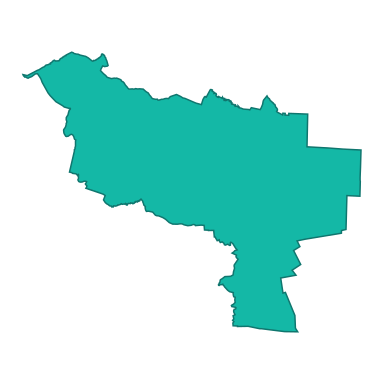 Sfantu Gheorghe, Covasna, Romania
{"feature_id": "2599482B96235819306010", "entity_name": "Sfantu Gheorghe", "entity_type": "district", "adm_level": 2, "iso_a3": "ROU", "parent_name": "Romania", "parent_adm1": "Covasna", "projection": "mercator", "projection_center": [25.764, 45.85], "detail": "fine", "context": "isolated", "style": "filled", "palette": "teal", "viewbox_px": 384, "rotation_deg": 0, "n_neighbors": 0, "source": "geoboundaries", "source_scale": "gbopen_adm2", "svg_char_len": 5829}
<svg xmlns="http://www.w3.org/2000/svg" viewBox="0 0 384 384"><path d="M297.7,331.8L295.6,328.5L295.4,327.8L294.9,315.5L285.4,292.4L283.0,293.1L280.7,278.0L296.0,275.2L292.1,270.2L300.7,264.5L293.6,250.5L299.9,246.6L297.1,240.9L305.1,239.2L341.4,233.2L341.5,230.5L346.0,229.5L346.9,195.6L359.9,196.2L360.3,181.3L360.1,180.3L360.1,177.3L360.5,167.4L361.0,150.0L343.0,149.1L328.3,148.0L307.0,146.8L307.7,114.1L288.8,113.4L288.7,115.3L285.1,115.1L285.2,113.4L282.9,113.2L282.6,114.9L277.3,112.2L276.6,111.3L277.4,110.3L277.4,109.2L276.5,107.8L275.7,107.1L274.9,104.5L273.8,103.9L273.1,102.8L272.7,102.8L271.7,101.6L270.3,100.6L269.4,98.8L267.9,97.6L267.0,95.9L263.6,100.1L263.2,101.1L262.6,104.4L261.2,107.8L260.2,109.6L251.3,107.7L249.8,109.9L248.6,109.5L243.4,109.1L240.9,108.1L239.3,107.8L239.0,107.7L239.2,107.1L238.3,106.1L238.4,106.7L238.1,107.0L237.0,106.3L235.8,106.2L235.2,106.4L234.7,105.6L235.5,105.0L235.4,104.8L234.7,105.1L234.0,104.8L233.8,104.4L232.0,104.3L231.5,103.8L232.1,103.0L230.5,101.9L231.1,101.3L230.7,100.9L229.8,101.3L229.3,101.0L229.6,100.6L229.4,100.1L228.1,99.6L227.8,99.8L226.6,99.5L226.7,100.2L226.5,100.4L225.3,100.6L225.1,100.3L225.6,100.3L225.2,99.5L225.0,100.3L224.1,100.4L223.9,99.8L224.3,99.4L224.4,98.5L223.3,98.4L222.6,97.3L222.5,98.0L222.1,98.4L221.4,97.7L219.6,97.2L218.2,96.0L218.7,97.0L218.5,97.4L217.3,97.1L216.9,96.4L216.4,96.2L216.0,95.6L216.0,95.0L216.4,94.5L216.1,93.6L215.5,93.2L214.1,93.4L214.5,92.7L213.6,91.9L212.3,91.4L212.1,91.0L212.5,90.4L212.4,90.0L211.0,89.5L210.4,89.6L209.9,90.4L206.3,97.1L205.2,96.5L204.8,97.1L204.4,97.0L203.0,99.4L201.4,104.6L195.9,103.1L185.0,98.4L182.8,97.9L180.7,96.5L176.5,94.5L170.6,96.5L169.6,97.2L168.6,98.6L166.6,98.4L164.9,98.6L163.0,99.3L161.5,99.3L158.8,100.2L157.7,99.9L157.4,99.2L155.6,99.3L152.8,98.7L151.9,98.1L150.6,96.2L149.6,95.2L148.3,93.0L146.1,91.7L143.2,89.1L139.4,88.8L137.7,89.0L135.6,88.6L134.0,89.2L132.5,88.9L129.0,89.1L127.8,88.1L127.2,87.1L125.3,85.0L124.2,83.0L122.9,81.7L121.9,81.3L121.4,80.9L121.2,80.1L119.9,79.3L116.7,78.1L115.4,78.3L114.3,78.1L111.4,78.6L107.2,77.3L105.7,75.5L103.5,73.7L100.5,70.6L101.0,69.0L102.7,65.9L104.6,66.6L107.4,66.1L108.1,65.5L106.8,60.8L106.0,59.2L105.7,57.8L104.9,56.9L104.5,55.5L103.6,55.0L103.6,54.6L102.1,53.9L101.5,54.5L101.7,55.0L101.1,56.0L99.2,57.9L98.5,58.0L98.4,58.5L96.0,59.7L95.8,60.2L94.2,60.6L93.8,60.4L92.9,61.2L91.9,60.8L88.3,57.9L85.7,56.4L79.8,55.0L78.2,54.2L76.5,54.1L74.1,53.5L73.1,52.7L71.7,52.2L66.1,55.0L66.0,55.6L65.2,55.6L64.9,56.0L64.0,56.3L63.6,57.0L62.9,57.0L62.3,57.5L62.2,57.9L60.9,58.4L60.0,59.1L59.9,59.7L59.5,59.9L59.0,60.8L55.4,61.0L54.5,60.2L54.1,60.2L53.7,60.7L52.7,61.1L51.6,62.5L50.4,63.0L50.4,63.8L50.1,63.7L48.0,64.7L46.0,65.1L44.2,66.8L42.7,67.4L38.9,69.8L37.4,70.3L27.3,75.6L23.0,74.6L23.4,75.6L24.8,77.1L25.7,77.0L26.9,77.8L28.1,78.2L29.1,77.6L31.7,76.6L35.3,73.9L37.5,73.7L40.2,77.7L41.1,79.4L42.2,82.4L48.1,93.0L50.2,95.7L55.9,101.7L62.6,105.7L64.2,107.0L68.4,108.2L70.3,108.4L70.4,108.9L70.2,109.4L69.1,110.3L69.1,111.0L68.6,112.1L68.0,114.8L66.3,117.5L66.2,119.4L66.4,120.4L66.8,121.3L66.7,122.5L66.2,123.4L66.2,124.5L65.7,126.4L65.2,127.5L63.7,129.6L63.6,130.4L63.9,132.9L64.3,133.9L65.7,136.2L66.4,136.5L68.2,136.2L70.3,134.7L71.2,134.3L71.8,134.4L73.0,135.2L73.9,137.0L74.4,138.9L74.8,139.4L75.8,140.0L75.5,141.2L75.5,146.1L75.0,147.7L75.1,148.7L74.3,149.8L74.4,151.0L69.5,172.1L71.6,172.6L72.7,173.4L76.0,173.8L77.5,175.3L77.8,176.3L77.8,174.6L78.4,174.4L78.6,175.1L78.4,176.0L78.5,178.3L77.9,179.9L78.7,181.5L80.1,182.1L82.2,182.0L84.2,181.2L85.4,181.2L86.6,181.6L86.1,183.0L85.4,183.8L85.4,184.2L86.9,185.9L86.7,186.9L85.9,188.3L101.0,193.4L103.2,194.2L105.2,195.5L103.5,199.9L105.3,202.6L106.8,203.9L108.7,204.9L109.0,205.4L110.1,206.0L111.4,206.1L111.8,206.8L112.1,206.4L112.8,207.0L113.2,207.0L113.7,206.3L113.8,205.8L115.7,206.1L116.3,205.9L117.7,205.4L118.0,204.8L118.6,205.0L120.6,204.4L121.1,203.7L121.5,203.7L121.9,204.2L122.5,204.3L124.0,204.0L124.8,204.2L125.5,203.4L126.7,204.0L126.1,204.5L126.2,204.8L126.9,205.1L127.3,205.0L128.0,203.6L128.4,203.4L130.3,203.6L130.6,202.8L130.8,202.8L131.3,203.2L132.1,203.1L132.5,203.5L132.7,203.2L133.3,203.6L134.1,203.3L134.6,202.2L135.1,201.9L135.2,202.4L136.0,201.9L135.9,201.7L136.0,201.5L137.4,202.0L137.8,201.5L137.7,201.2L138.3,201.3L138.3,200.9L138.9,200.6L139.5,201.0L139.7,200.9L139.9,200.7L139.7,200.2L141.0,199.1L142.8,201.3L142.9,202.3L143.4,203.3L143.8,205.0L145.4,206.7L145.1,207.7L145.6,210.0L146.4,211.4L148.6,211.2L152.7,212.1L155.4,215.2L156.7,215.7L158.7,215.9L162.9,217.6L165.6,219.3L169.3,222.6L172.7,224.1L177.5,224.2L180.1,223.8L182.2,223.9L184.0,224.8L187.8,225.7L191.2,225.3L193.1,224.5L194.8,224.7L195.4,225.6L201.2,225.1L204.1,225.4L204.5,230.0L208.5,230.2L208.5,230.5L213.7,230.4L214.3,236.9L215.0,236.9L217.2,240.7L219.2,239.8L219.3,241.0L220.3,242.5L222.2,241.9L224.0,243.4L224.4,244.7L225.3,245.1L227.8,244.2L229.5,245.4L230.4,245.2L230.5,244.7L230.2,243.1L230.6,242.3L231.1,242.3L232.8,243.6L235.5,248.0L237.1,249.9L234.8,250.7L233.9,251.8L232.1,253.1L236.5,255.2L236.0,256.7L236.5,257.7L238.1,259.2L234.2,265.0L234.1,266.0L234.5,268.0L234.4,268.8L233.5,271.7L233.1,274.9L230.6,276.3L224.9,276.6L222.3,278.6L220.5,279.7L220.2,280.2L219.9,282.3L219.4,282.7L219.4,283.5L218.6,284.2L218.5,284.6L218.6,285.3L219.1,285.5L220.3,284.7L222.0,284.6L222.8,284.2L223.4,285.4L223.9,285.7L224.6,286.9L227.6,290.2L229.6,291.7L233.2,292.6L233.1,292.8L233.3,295.0L233.7,296.7L235.2,297.3L234.8,299.9L235.2,302.4L233.0,304.7L232.5,304.6L231.4,305.5L231.8,306.6L235.4,307.3L235.9,307.7L235.8,308.7L235.4,309.1L234.2,309.3L233.6,310.9L233.8,312.2L235.0,314.7L233.1,315.7L233.8,319.0L232.6,320.3L233.9,321.6L232.9,323.0L233.1,325.8L237.5,326.0L237.5,326.5L248.1,326.3L259.7,328.7L261.4,328.7L284.5,331.6L297.7,331.8Z" fill="#14b8a6" stroke="#0f766e" stroke-width="1.5"/></svg>